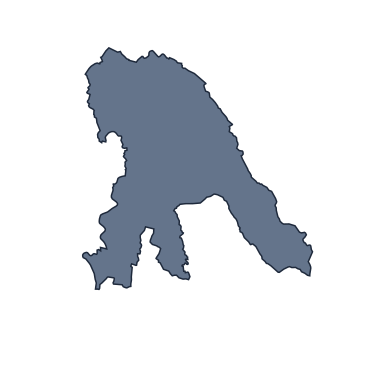 outline of Nho Quan, Ninh Bình, Vietnam, rotated 198°
{"feature_id": "81297802B37600217906847", "entity_name": "Nho Quan", "entity_type": "district", "adm_level": 2, "iso_a3": "VNM", "parent_name": "Vietnam", "parent_adm1": "Ninh Bình", "projection": "orthographic", "projection_center": [105.744, 20.312], "detail": "fine", "context": "isolated", "style": "filled", "palette": "slate", "viewbox_px": 384, "rotation_deg": 198, "n_neighbors": 0, "source": "geoboundaries", "source_scale": "gbopen_adm2", "svg_char_len": 6089}
<svg xmlns="http://www.w3.org/2000/svg" viewBox="0 0 384 384"><g transform="rotate(198 192 192)"><path d="M276.5,98.3L276.0,97.0L275.2,96.0L272.2,95.5L267.8,92.6L266.1,91.3L260.8,85.4L259.7,84.1L257.1,79.1L254.9,75.9L253.8,69.8L251.7,70.5L250.4,70.6L250.2,71.0L250.1,71.9L251.0,75.6L249.6,77.6L246.8,83.0L246.2,84.8L245.5,85.3L239.8,86.2L239.4,86.0L239.1,85.6L238.8,83.1L239.0,81.2L238.2,80.2L229.8,82.2L228.1,80.7L225.9,80.5L224.3,80.7L222.4,82.6L221.0,83.3L221.8,85.7L222.4,89.6L223.5,92.6L225.6,101.9L227.1,102.3L227.3,102.7L227.2,105.0L222.6,104.9L222.1,105.2L222.6,108.2L221.6,110.7L222.6,112.6L223.7,113.7L224.7,116.5L222.5,117.0L222.4,117.4L222.7,119.8L223.7,120.9L224.0,122.0L223.4,123.2L223.4,125.4L224.0,126.5L225.6,127.5L225.7,130.2L227.1,132.6L227.8,134.6L227.7,135.4L225.4,140.7L225.4,144.5L216.9,145.1L215.8,140.9L216.6,137.5L216.5,136.4L216.7,133.5L216.4,131.5L213.5,129.9L208.8,129.9L208.1,129.5L205.9,129.3L204.3,128.4L204.3,123.2L205.6,118.4L205.6,117.6L202.7,116.7L202.2,114.9L200.4,114.8L195.2,109.7L189.7,109.6L187.3,107.6L184.9,106.2L183.0,107.4L181.0,108.1L177.9,106.4L173.6,106.4L170.9,107.5L168.2,107.6L167.8,110.8L170.0,113.7L170.7,114.4L171.3,114.5L173.4,113.2L174.2,114.5L175.4,114.1L177.4,118.5L178.2,118.4L178.7,118.6L178.6,119.6L177.1,120.4L176.6,122.3L176.0,122.4L174.8,121.7L174.0,121.7L173.5,122.2L173.6,122.9L174.2,123.7L176.1,124.5L177.3,125.7L177.1,126.2L175.1,126.5L175.2,126.9L175.8,127.3L176.0,128.7L176.9,128.9L177.6,129.9L179.3,130.2L179.8,130.9L180.1,132.7L183.2,134.7L182.8,136.0L183.2,138.5L184.0,139.0L185.6,142.0L187.6,144.5L188.1,144.9L189.3,144.7L189.7,145.2L189.7,146.4L187.6,149.7L187.6,150.4L188.9,150.7L189.5,151.7L190.7,152.1L191.1,153.0L191.7,155.7L192.7,156.8L193.9,156.9L194.2,157.1L195.1,160.5L198.3,163.8L199.2,165.9L200.8,166.8L202.1,168.1L203.6,168.5L202.9,171.2L201.8,171.7L201.7,173.5L200.3,175.0L199.6,176.6L194.8,178.8L187.6,181.2L180.7,184.1L177.5,189.3L176.4,191.6L173.0,193.6L170.6,196.6L169.8,197.0L166.9,197.3L160.9,196.5L158.7,194.2L156.2,193.8L152.6,190.0L151.8,187.6L148.1,184.1L145.2,182.1L144.3,181.2L141.9,180.0L140.7,178.9L139.4,177.4L137.5,174.2L135.1,172.6L135.4,171.4L134.6,170.6L134.0,169.1L132.2,168.9L131.1,168.3L128.2,164.8L122.7,162.1L120.3,160.1L119.8,160.1L118.8,161.1L118.0,161.3L114.4,159.9L108.1,154.0L106.1,152.7L105.4,151.7L104.7,150.1L101.0,148.5L99.2,147.1L97.7,147.3L94.1,146.2L85.3,142.3L84.1,142.6L80.9,147.0L77.5,150.3L76.1,151.2L73.7,151.0L70.1,152.3L67.7,151.7L65.2,151.8L63.2,150.0L59.6,149.6L56.4,148.5L54.1,148.7L54.6,150.5L55.5,156.3L56.1,157.6L57.6,159.5L59.9,161.7L58.9,172.4L60.7,174.1L62.4,177.4L63.0,177.9L64.1,177.8L65.6,176.7L66.0,176.7L66.7,177.0L68.4,178.5L69.6,178.5L71.3,180.1L71.8,180.9L71.7,182.0L70.8,183.6L70.0,186.6L71.3,188.0L72.5,188.4L75.3,186.9L77.4,187.0L83.6,191.7L89.8,191.6L95.0,189.8L96.8,190.2L99.2,191.4L100.7,193.4L102.7,195.0L106.1,200.5L107.1,203.1L108.7,204.5L108.9,205.7L108.4,207.8L108.5,209.0L110.5,211.6L116.5,217.2L119.5,217.4L122.2,219.5L126.9,220.3L128.2,221.1L129.4,220.5L131.0,221.2L132.7,220.7L134.5,222.0L139.9,224.3L140.4,224.8L140.8,226.0L142.4,227.6L145.2,229.7L146.2,231.1L154.3,239.0L156.4,241.6L155.6,242.4L155.1,243.9L155.9,245.8L156.7,246.5L159.8,246.0L163.0,247.4L163.0,251.5L163.9,253.1L165.0,254.1L166.5,257.4L168.4,258.4L169.7,258.3L170.6,258.8L171.5,260.0L175.2,260.9L175.7,264.4L176.8,265.8L174.5,268.4L174.5,268.8L180.2,271.2L181.5,272.9L183.1,274.2L188.0,277.0L190.9,279.8L193.0,280.0L194.1,281.6L197.5,284.2L201.1,286.4L204.3,287.7L206.1,291.3L206.6,291.8L208.1,292.1L210.2,292.1L213.0,295.8L213.6,297.1L213.4,298.1L212.3,299.3L212.7,299.7L226.3,305.4L233.0,306.3L237.0,307.6L238.1,307.0L238.8,307.1L240.1,307.8L240.3,309.2L241.3,309.9L241.6,311.1L245.6,310.4L246.3,310.7L247.2,311.6L250.1,312.4L254.7,312.8L254.8,311.8L255.2,311.4L256.3,311.9L257.3,311.6L260.6,313.8L261.7,314.2L262.4,314.2L263.1,313.7L264.6,310.9L265.5,310.2L266.4,310.4L272.0,313.7L273.2,314.2L273.7,314.1L275.2,313.0L275.7,312.3L275.9,311.0L275.3,308.7L275.6,307.5L277.3,305.2L278.5,304.5L279.4,304.7L280.6,305.7L281.5,305.5L284.1,301.3L285.1,298.2L292.1,297.8L292.8,297.8L292.9,298.4L295.4,298.5L297.8,299.9L301.4,301.5L303.6,303.5L305.9,302.0L315.6,303.4L317.5,299.6L319.4,292.8L320.4,291.9L318.5,289.9L317.5,288.4L319.5,286.7L319.2,285.6L319.7,285.3L321.7,285.4L322.4,285.1L323.8,284.1L326.2,281.2L327.0,280.0L328.1,277.5L329.9,271.0L328.0,270.2L326.5,268.0L325.1,266.7L323.7,264.0L322.1,262.9L322.0,261.4L323.2,259.2L322.9,258.7L321.8,258.1L321.7,257.7L322.8,254.3L322.1,253.6L319.1,253.3L318.8,248.1L319.4,246.3L319.3,245.4L318.4,244.7L316.9,244.2L317.0,242.1L316.1,241.2L314.8,240.7L311.7,240.2L310.1,239.2L310.2,238.3L309.3,235.2L308.5,234.9L308.0,233.2L305.7,232.6L303.9,228.7L298.3,221.9L299.4,219.6L299.6,217.6L298.3,214.6L297.2,214.1L296.4,213.1L296.0,211.8L293.1,211.0L293.2,212.2L292.9,212.7L289.5,213.0L289.7,214.4L291.3,217.0L291.3,218.3L289.7,222.2L288.4,223.6L286.9,224.7L284.8,225.3L284.1,225.2L282.3,224.5L279.9,222.8L279.2,222.6L277.0,223.3L276.3,223.1L275.6,221.8L275.5,219.2L272.3,215.8L272.5,213.6L272.1,213.0L271.4,212.6L269.7,212.7L267.7,213.8L267.1,212.7L266.8,211.5L268.5,210.6L268.2,209.3L268.6,207.6L267.7,207.1L268.2,204.7L267.5,204.1L265.5,203.1L263.9,201.8L264.9,199.7L264.1,197.9L263.8,195.9L261.9,194.0L261.8,193.5L262.3,192.6L261.6,192.0L260.5,186.8L263.5,185.1L265.6,183.5L266.6,182.0L266.5,178.2L266.8,177.1L267.3,176.2L268.6,175.3L269.3,175.3L269.3,175.0L268.3,173.5L268.8,171.7L268.0,170.4L267.6,168.9L267.6,164.0L267.1,162.2L265.6,160.8L260.9,159.2L259.8,158.5L259.1,157.7L259.0,156.5L259.7,155.2L262.7,151.8L266.1,146.9L270.2,143.6L271.5,142.2L271.8,141.4L271.7,137.8L271.2,135.5L270.5,134.0L269.4,133.3L265.5,131.8L263.2,130.3L262.8,129.5L262.8,127.8L264.9,124.0L265.4,122.8L265.3,121.0L264.8,119.9L264.2,119.3L260.7,117.5L259.1,116.3L257.0,114.0L255.5,111.5L261.9,111.0L260.7,107.8L263.0,108.4L264.3,107.4L263.2,104.2L263.4,103.3L266.1,103.1L266.8,102.5L267.8,100.6L268.8,100.1L269.7,100.2L272.6,102.0L273.9,101.9L275.6,100.6L276.2,99.7L276.5,98.3Z" fill="#64748b" stroke="#1e293b" stroke-width="1.5"/></g></svg>